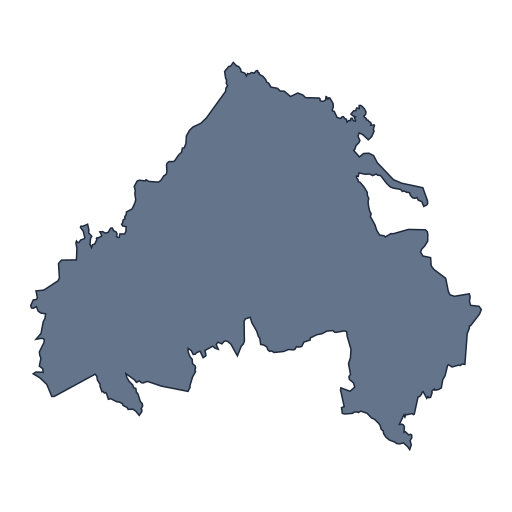 Watsa, Orientale, Democratic Republic of the Congo
{"feature_id": "63176286B47500153281287", "entity_name": "Watsa", "entity_type": "district", "adm_level": 2, "iso_a3": "COD", "parent_name": "Democratic Republic of the Congo", "parent_adm1": "Orientale", "projection": "robinson", "projection_center": [29.312, 2.77], "detail": "fine", "context": "isolated", "style": "filled", "palette": "slate", "viewbox_px": 512, "rotation_deg": 0, "n_neighbors": 0, "source": "geoboundaries", "source_scale": "gbopen_adm2", "svg_char_len": 6020}
<svg xmlns="http://www.w3.org/2000/svg" viewBox="0 0 512 512"><path d="M479.0,306.3L470.5,305.3L469.5,301.0L470.1,296.7L469.3,293.8L454.5,296.3L450.0,294.8L448.3,291.3L445.7,278.3L434.1,269.6L432.4,267.5L431.2,265.7L430.6,257.6L422.9,256.0L420.6,252.1L421.8,249.0L424.8,245.9L427.7,241.1L427.8,234.0L427.2,231.6L425.4,229.8L408.5,229.4L393.4,233.7L390.8,233.6L385.3,237.0L384.2,235.8L379.6,235.0L376.8,230.5L374.9,224.7L370.3,216.4L371.2,213.9L369.7,211.2L368.4,205.3L368.1,201.0L368.8,198.6L367.4,195.5L367.2,192.2L363.7,186.5L360.0,182.3L358.3,181.6L358.1,179.8L356.4,177.5L356.5,176.1L358.3,176.4L358.9,172.9L365.3,174.3L369.8,174.0L372.7,175.6L376.2,174.0L377.6,175.2L380.5,175.5L386.6,183.4L390.1,186.8L393.1,188.1L400.6,189.4L402.4,191.5L404.0,190.9L406.6,192.3L409.5,192.6L410.3,195.2L412.7,197.9L415.2,198.3L416.9,197.6L418.4,200.3L421.8,201.6L423.8,206.5L426.9,204.8L427.7,203.4L427.5,200.7L422.8,187.7L401.7,183.2L393.5,179.7L377.3,162.7L373.6,155.6L368.9,153.2L363.6,153.5L359.4,156.9L353.7,150.4L354.9,149.2L356.0,145.7L359.1,142.4L359.9,140.5L358.0,136.2L359.2,132.9L362.8,134.6L368.3,139.8L371.8,136.5L374.1,131.0L373.3,129.1L374.5,125.5L374.1,124.9L370.8,125.2L371.2,123.5L370.2,122.1L369.1,121.8L368.1,120.2L366.5,119.8L366.3,118.5L364.4,117.2L363.9,116.1L365.6,114.4L366.0,112.0L364.4,108.7L362.2,106.5L360.8,105.4L359.1,105.5L359.2,108.5L356.6,108.0L355.8,110.6L353.7,110.8L351.2,113.7L351.0,114.3L353.0,115.8L355.5,116.9L354.2,117.8L355.7,120.6L355.2,121.3L353.3,120.6L351.9,118.1L350.9,118.4L350.4,120.6L348.8,120.5L346.9,122.2L346.4,119.2L344.9,118.7L343.4,116.7L342.2,116.7L340.5,118.5L337.1,117.4L334.2,111.3L332.7,111.0L332.2,109.8L333.3,107.1L333.1,103.5L329.9,98.0L328.8,97.8L328.2,99.0L327.5,99.0L326.8,96.9L326.0,96.6L325.6,100.0L323.6,101.2L321.1,101.2L320.1,100.6L320.0,98.7L319.2,98.0L305.6,97.7L303.0,95.1L297.8,93.0L290.5,96.5L284.3,91.2L280.2,91.0L277.5,88.3L270.9,87.1L268.7,83.2L266.6,82.0L265.8,79.7L262.9,76.3L259.3,74.4L259.1,72.9L257.6,72.1L257.9,71.0L257.3,70.5L255.9,71.0L254.3,73.1L251.5,72.5L249.3,74.0L247.5,73.5L246.4,76.0L244.8,73.1L241.2,71.8L240.5,69.0L238.6,66.5L236.5,65.8L233.3,62.4L230.6,66.2L228.8,66.4L224.6,71.5L225.7,78.7L226.6,79.7L226.3,83.4L227.6,85.9L226.0,87.9L225.5,91.5L206.5,117.8L200.9,123.3L192.9,127.0L189.5,130.3L186.4,135.9L185.9,143.5L184.3,147.8L182.4,148.1L181.5,152.3L178.6,155.0L174.8,160.6L173.2,161.6L169.2,161.5L167.1,163.2L166.5,165.1L166.9,171.8L166.0,174.6L163.8,175.8L161.1,180.1L158.6,182.1L148.7,181.4L146.1,179.7L145.1,180.9L139.2,180.2L137.1,181.1L134.2,186.5L135.3,190.8L134.8,193.5L135.7,199.6L135.1,202.4L132.1,208.9L126.5,211.9L126.2,214.5L124.7,216.8L125.0,218.7L123.2,219.9L122.4,223.4L121.6,224.2L122.6,226.0L126.1,226.6L125.9,231.5L124.6,234.0L119.9,233.9L119.2,237.4L118.1,237.5L116.5,236.5L117.1,233.9L116.0,231.8L113.7,230.8L112.4,228.1L110.7,228.1L108.1,232.4L105.4,233.1L102.5,231.6L99.8,231.9L101.4,234.4L101.4,236.2L98.1,237.9L97.0,237.7L96.4,238.5L96.8,239.7L94.7,244.1L92.5,244.7L91.6,247.6L90.0,244.4L90.5,238.5L91.8,236.3L88.6,232.8L88.9,230.1L87.6,224.2L83.1,226.2L81.0,226.1L80.4,227.4L83.3,231.3L84.8,237.7L84.4,238.7L80.8,239.9L78.8,242.5L77.7,242.5L76.5,241.0L75.9,242.9L76.9,248.6L76.4,259.9L61.5,260.1L58.5,263.5L59.4,277.8L58.0,280.8L43.8,290.1L36.0,290.9L37.4,298.0L36.4,299.5L33.3,299.9L30.7,305.5L31.5,308.0L33.2,308.3L36.4,306.6L38.3,311.3L41.0,313.1L45.6,313.8L45.0,318.3L43.2,321.8L41.0,333.5L36.0,339.3L41.0,338.4L43.6,338.7L44.3,340.3L43.9,342.7L39.4,351.8L39.7,355.1L40.9,358.2L39.3,366.1L42.7,368.7L43.2,372.3L36.0,372.0L33.2,373.8L39.7,377.7L46.8,384.4L51.8,396.5L54.3,396.4L95.1,374.2L96.8,376.2L97.4,380.0L100.0,384.3L100.1,386.5L102.0,391.8L103.1,391.6L104.4,393.0L105.8,392.7L106.5,393.5L108.4,399.3L110.8,398.7L116.8,401.8L119.2,402.0L122.6,403.8L123.0,405.4L127.1,407.5L128.1,409.4L133.0,409.2L135.9,411.3L139.2,415.4L141.6,412.0L142.0,410.2L141.1,408.8L142.7,405.9L142.1,403.3L140.4,401.7L137.8,393.6L136.4,392.2L135.8,388.4L133.6,387.7L132.7,384.9L129.2,381.4L126.8,377.4L125.9,373.6L134.6,379.9L136.4,382.4L139.3,380.9L141.5,382.8L143.3,382.9L147.4,381.4L161.3,386.1L188.0,391.4L190.1,387.3L189.9,385.8L192.6,376.9L195.6,371.6L194.8,370.4L195.6,367.9L195.1,365.8L192.5,363.7L192.2,359.2L190.2,357.0L188.0,351.7L188.2,348.4L191.3,350.7L193.2,354.5L195.2,354.2L196.7,352.6L200.1,351.2L203.1,357.7L205.6,356.1L206.0,355.2L205.0,350.4L212.7,346.2L215.2,348.3L218.3,349.3L216.2,344.5L217.9,342.2L221.9,343.9L224.1,341.4L225.9,340.9L227.7,341.5L230.9,344.2L237.4,355.9L241.2,346.3L243.2,344.2L244.4,341.2L244.1,321.2L245.4,318.9L250.3,317.3L251.8,322.6L256.7,331.2L258.4,336.5L259.8,338.3L260.7,344.5L263.5,344.9L266.9,347.0L267.7,349.7L269.7,351.4L271.6,350.9L274.0,352.5L283.5,351.5L288.6,349.5L293.7,349.9L295.2,349.0L296.4,346.7L298.8,347.1L301.7,346.5L303.9,342.1L310.2,340.0L310.2,338.0L316.8,334.7L321.8,333.8L326.9,331.1L332.9,330.6L334.6,332.2L336.0,332.4L344.2,330.9L346.6,331.5L347.2,336.4L351.0,349.4L350.4,357.9L348.5,363.5L350.5,374.4L348.9,376.7L349.4,379.4L353.5,382.9L354.7,387.1L350.0,391.3L340.9,387.8L340.5,389.9L344.2,406.7L341.5,407.6L342.3,413.4L344.6,414.0L352.5,413.4L354.2,412.1L356.9,411.9L358.4,412.6L360.7,411.1L367.1,413.3L371.3,417.8L374.4,419.2L378.6,423.3L380.2,425.5L381.1,429.2L383.1,430.8L383.7,433.7L385.7,436.9L389.1,439.9L395.0,442.2L396.5,443.5L399.6,443.9L403.4,442.9L407.5,446.5L409.7,449.6L411.3,444.9L410.1,440.6L411.8,437.8L411.7,435.0L410.7,434.3L408.6,434.8L405.4,431.7L404.0,432.3L404.4,427.0L403.5,425.0L401.7,424.1L399.3,424.5L403.9,414.9L404.9,417.1L405.9,414.3L407.1,414.7L411.8,413.6L413.4,414.6L414.3,414.1L418.0,397.0L419.7,396.5L421.6,394.1L422.1,392.2L423.1,391.6L426.8,398.4L427.9,396.6L428.9,397.8L430.6,397.3L432.1,392.8L431.8,391.2L434.3,389.0L434.8,390.2L438.1,389.7L441.3,388.0L442.8,379.7L445.1,375.6L447.6,365.5L448.5,364.7L452.1,367.0L458.3,365.2L460.3,365.5L462.2,364.0L464.9,364.4L467.2,333.7L469.3,328.4L469.4,326.0L470.6,325.7L479.6,314.0L481.3,309.4L479.0,306.3Z" fill="#64748b" stroke="#1e293b" stroke-width="1.5"/></svg>